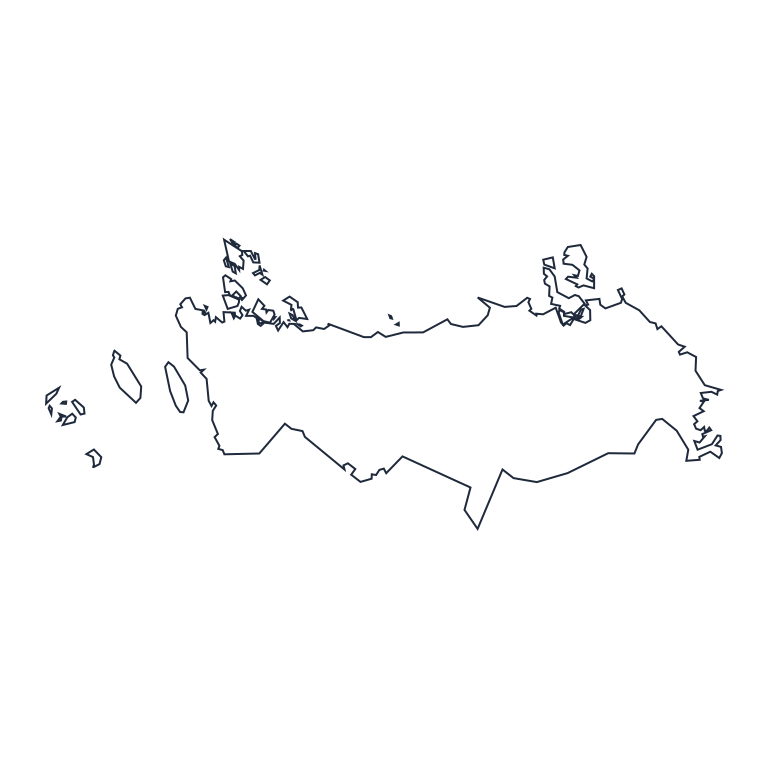 Northern Samar, Northern Samar, Philippines
{"feature_id": "2640588B89959078713723", "entity_name": "Northern Samar", "entity_type": "district", "adm_level": 2, "iso_a3": "PHL", "parent_name": "Philippines", "parent_adm1": "Northern Samar", "projection": "albers", "projection_center": [124.669, 12.418], "detail": "fine", "context": "isolated", "style": "outline", "palette": "slate", "viewbox_px": 768, "rotation_deg": 0, "n_neighbors": 0, "source": "geoboundaries", "source_scale": "gbopen_adm2", "svg_char_len": 6124}
<svg xmlns="http://www.w3.org/2000/svg" viewBox="0 0 768 768"><path d="M710.3,451.7L719.3,458.0L721.9,453.1L721.0,446.9L715.7,445.4L720.6,440.0L720.4,435.9L717.5,435.5L711.9,444.2L697.6,449.7L694.3,441.0L699.6,442.5L704.8,436.3L703.0,436.8L702.3,434.1L711.2,430.2L709.3,427.6L707.2,430.6L704.8,430.8L704.1,427.0L700.6,430.2L696.1,428.7L694.1,424.2L697.4,421.3L693.5,416.1L703.7,411.2L699.5,408.1L703.9,401.6L699.9,400.8L708.9,399.9L703.0,398.4L700.8,393.0L711.4,391.8L717.2,394.6L717.8,391.0L721.1,389.9L704.8,385.2L695.5,370.7L696.1,357.0L687.2,352.3L680.0,354.6L678.8,351.9L684.7,346.7L678.1,344.5L661.4,326.3L657.4,329.1L655.6,323.4L649.9,322.0L639.3,310.3L625.7,302.8L622.7,297.3L620.9,302.8L605.4,308.4L600.3,304.7L599.4,298.9L585.9,300.4L588.1,304.6L585.2,305.5L590.1,310.1L590.3,320.2L585.4,322.9L575.6,319.6L579.8,318.5L581.5,317.0L579.9,317.1L573.6,319.2L570.0,325.1L566.5,323.2L563.6,325.6L561.0,322.5L555.7,307.7L543.1,314.3L536.4,313.7L536.7,315.0L536.5,315.6L529.4,310.7L531.3,308.8L528.4,302.2L530.0,299.0L527.2,297.8L516.5,306.0L504.6,306.9L477.7,297.5L489.9,307.7L487.7,315.3L478.5,325.2L463.0,326.9L450.9,324.0L447.4,319.3L423.1,332.4L403.2,332.5L385.7,336.9L377.9,332.0L371.0,337.1L363.8,337.1L327.8,323.7L329.3,325.4L324.1,329.0L316.1,327.4L313.3,330.2L302.8,331.4L293.8,323.9L289.3,323.8L287.5,327.2L283.6,322.1L278.1,330.5L275.9,325.9L279.9,323.0L279.7,317.5L273.7,323.9L264.4,322.6L260.7,325.9L257.9,324.0L256.6,318.0L253.6,315.9L246.1,315.9L249.1,309.7L245.9,310.7L241.6,306.8L239.9,311.0L242.5,315.2L240.1,318.6L235.3,315.6L233.8,318.3L231.7,313.2L235.0,315.3L234.8,312.7L223.5,312.1L224.4,321.6L222.2,322.5L215.9,317.2L215.1,321.7L213.6,320.2L210.4,323.0L208.4,312.8L204.5,315.1L202.5,313.9L202.7,311.9L205.3,313.0L204.2,310.6L195.4,308.9L189.9,297.7L185.5,298.4L180.3,304.2L182.0,307.3L177.8,308.8L175.8,315.6L180.9,326.9L186.7,332.3L187.6,358.0L199.8,370.3L203.8,369.7L200.7,372.6L206.6,378.9L208.7,400.8L211.5,406.0L213.5,402.3L216.2,405.5L212.8,410.8L212.2,420.1L217.9,434.0L214.6,437.1L219.4,445.8L218.3,448.9L222.7,450.1L224.4,454.3L259.3,453.5L284.9,423.7L291.4,428.8L302.5,431.1L304.9,436.9L344.5,469.5L343.5,465.4L347.9,463.3L355.3,469.0L351.2,474.7L360.5,481.9L371.6,478.7L371.8,474.3L376.1,475.0L379.4,469.9L383.8,468.6L386.2,473.2L402.5,456.4L470.5,487.5L464.5,509.9L477.6,528.9L502.5,469.5L513.5,478.1L536.8,482.1L567.6,473.1L608.2,453.2L634.4,453.5L638.1,444.4L656.1,419.9L662.2,418.9L676.7,430.7L688.3,449.7L686.3,460.8L699.7,459.8L699.3,456.9L710.3,451.7ZM120.4,355.6L114.5,350.7L114.2,351.1L112.9,355.4L114.3,357.4L111.2,364.7L114.1,376.4L119.7,387.6L136.0,402.8L140.4,397.9L141.2,386.5L127.1,363.7L119.4,359.3L120.4,355.6ZM580.6,245.0L567.8,247.0L564.5,252.3L564.2,254.9L567.9,255.8L563.2,259.5L563.6,263.7L572.4,264.8L579.5,270.4L577.9,276.0L574.3,275.2L576.6,277.7L568.1,276.7L565.9,279.0L577.3,284.4L575.8,286.1L578.5,287.5L583.5,285.4L594.1,288.2L594.1,279.4L592.2,281.4L586.6,278.4L587.6,268.5L584.3,264.5L586.6,256.9L580.6,245.0ZM551.1,303.9L560.1,305.8L559.2,308.6L564.2,311.8L564.4,314.0L571.3,312.2L573.6,314.5L584.6,303.7L578.8,296.2L574.9,295.0L568.8,298.2L557.3,292.1L554.7,276.5L549.4,269.3L543.7,267.7L543.9,273.8L547.1,276.4L544.2,280.0L544.9,283.6L549.6,286.4L549.1,295.9L552.4,297.6L551.1,303.9ZM168.4,362.2L165.1,366.8L170.1,391.0L175.8,405.7L180.1,412.0L183.5,412.3L188.2,400.5L185.2,385.5L174.0,366.6L168.4,362.2ZM224.1,239.7L229.0,261.4L234.7,263.8L239.2,270.1L239.1,266.8L243.0,268.9L243.6,260.6L239.8,256.2L242.3,255.0L242.0,251.3L224.1,239.7ZM225.4,275.3L223.0,277.3L225.1,292.1L228.5,291.9L229.7,295.0L232.1,296.5L234.2,296.5L232.4,295.3L236.3,291.5L240.8,296.2L239.5,297.7L242.0,297.9L241.3,299.1L242.0,300.0L246.0,295.4L242.7,288.2L234.8,280.5L230.4,281.3L231.2,279.1L225.4,275.3ZM270.0,322.7L274.6,314.6L273.3,310.7L268.3,310.0L266.5,312.4L266.1,309.5L262.0,308.9L264.4,305.8L258.3,299.3L252.4,311.9L263.4,321.1L270.0,322.7ZM289.6,296.6L283.2,300.6L291.5,304.9L290.9,309.7L291.2,310.2L292.8,308.9L293.3,309.2L296.5,320.3L299.0,317.9L307.2,319.0L301.4,307.5L298.0,307.6L297.7,302.2L289.6,296.6ZM239.2,299.7L228.5,295.1L222.8,295.6L227.7,308.9L237.4,306.0L238.8,302.8L239.2,299.7ZM93.9,449.5L86.4,454.1L93.0,457.1L94.0,464.7L93.2,466.9L93.6,467.1L99.5,464.1L101.3,457.2L93.9,449.5ZM250.8,251.0L243.8,251.0L247.9,256.3L250.1,255.7L253.3,262.4L259.5,262.7L258.1,254.2L255.0,253.1L255.5,258.9L254.9,259.0L250.8,251.0ZM552.8,257.4L543.2,259.7L544.3,264.6L554.7,268.3L552.8,257.4ZM559.4,310.0L558.7,312.8L562.8,324.6L573.7,317.5L564.0,315.9L563.9,312.2L559.4,310.0ZM59.1,387.7L46.6,395.5L46.1,403.6L56.3,393.8L59.1,387.7ZM72.2,413.7L67.3,417.3L62.8,425.0L74.6,422.1L75.8,417.5L72.2,413.7ZM75.1,399.8L72.1,401.9L80.6,414.5L84.5,413.6L83.8,407.5L75.1,399.8ZM259.6,265.4L259.3,270.0L253.0,273.1L255.0,275.4L259.8,272.9L262.4,274.7L259.6,265.4ZM621.6,288.4L617.9,290.0L621.3,297.2L624.4,294.5L621.6,288.4ZM260.6,279.9L267.0,284.3L269.8,280.4L265.1,277.0L260.6,279.9ZM234.6,266.0L230.3,263.6L232.7,271.6L235.8,273.3L234.6,266.0ZM226.0,257.6L223.8,260.3L225.8,266.3L228.9,267.1L226.0,257.6ZM66.1,416.5L59.3,413.8L60.8,416.7L57.4,421.2L60.9,420.5L61.6,416.6L66.1,416.5ZM49.7,405.8L48.6,408.1L51.3,414.3L51.9,408.4L49.7,405.8ZM258.6,318.5L258.8,323.4L263.6,322.6L262.0,320.4L258.6,318.5ZM289.6,313.6L291.2,318.4L295.3,320.8L292.6,315.1L289.6,313.6ZM583.6,308.9L581.0,309.6L577.5,316.6L580.9,315.9L583.6,308.9ZM591.8,273.8L590.3,276.6L593.6,278.4L594.2,276.3L591.8,273.8ZM236.6,243.7L234.5,245.9L237.8,247.7L239.5,245.7L236.6,243.7ZM66.2,401.5L63.0,401.8L61.4,403.5L65.9,403.9L66.2,401.5ZM207.5,307.0L204.8,305.9L206.5,309.5L207.5,307.0ZM389.3,315.4L390.3,318.2L392.0,318.6L391.2,316.2L389.3,315.4ZM398.8,325.4L398.7,322.9L396.0,324.5L398.8,325.4ZM230.0,239.1L233.2,244.1L234.1,243.9L234.8,242.3L230.0,239.1ZM297.8,324.3L300.8,326.4L301.9,325.6L299.8,324.5L297.8,324.3ZM576.1,315.2L574.1,315.0L574.4,317.0L576.1,315.2ZM275.3,317.1L273.5,317.2L273.9,318.9L275.3,317.1ZM265.4,270.9L264.0,269.7L263.7,270.6L265.4,270.9ZM289.1,320.2L287.3,320.1L289.2,320.4L289.1,320.2ZM238.7,298.7L236.5,297.4L236.0,298.0L238.7,298.7Z" fill="none" stroke="#1e293b" stroke-width="2"/></svg>